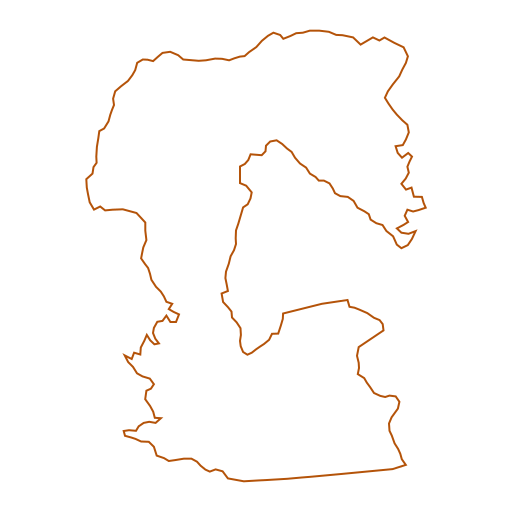 outline of São Lourenço do Oeste, Santa Catarina, Brazil
{"feature_id": "56859067B44410485278405", "entity_name": "São Lourenço do Oeste", "entity_type": "district", "adm_level": 2, "iso_a3": "BRA", "parent_name": "Brazil", "parent_adm1": "Santa Catarina", "projection": "robinson", "projection_center": [-52.857, -26.469], "detail": "fine", "context": "isolated", "style": "outline", "palette": "amber", "viewbox_px": 512, "rotation_deg": 0, "n_neighbors": 0, "source": "geoboundaries", "source_scale": "gbopen_adm2", "svg_char_len": 3698}
<svg xmlns="http://www.w3.org/2000/svg" viewBox="0 0 512 512"><path d="M137.2,62.8L135.2,70.1L132.3,75.2L128.0,80.9L121.0,86.3L115.2,91.3L113.1,98.7L114.0,105.0L112.0,109.9L110.3,114.7L108.5,121.4L104.1,128.5L99.3,131.1L98.3,138.3L96.9,146.8L96.3,156.6L96.6,162.8L93.5,167.1L92.5,173.6L86.3,179.2L86.8,187.6L88.0,194.1L89.7,202.3L94.0,209.6L100.2,206.5L105.1,210.4L112.6,209.7L122.8,209.3L136.5,213.0L145.3,222.5L145.3,230.7L146.4,240.1L143.3,247.4L142.2,252.7L141.1,258.4L145.0,264.0L148.1,268.0L150.0,273.8L151.4,279.8L156.0,286.8L160.8,291.6L163.9,296.4L166.4,301.8L172.2,303.8L168.8,309.1L173.6,311.9L179.0,314.4L176.0,322.0L170.4,322.0L166.4,315.6L162.5,320.9L157.3,321.8L153.9,327.9L153.0,333.0L155.3,338.7L158.9,343.4L154.4,344.3L150.2,340.3L146.8,334.9L144.4,340.6L140.8,347.5L140.3,354.5L134.1,352.7L131.7,359.0L124.7,355.4L128.2,362.1L133.0,366.9L137.0,373.3L142.5,376.4L149.8,378.6L153.9,384.2L150.9,388.7L146.4,390.7L145.2,399.2L150.1,406.0L153.2,411.7L154.8,417.8L160.9,418.2L155.6,422.9L149.2,421.8L143.7,422.9L138.7,426.3L136.0,430.8L129.0,430.2L123.7,431.0L125.0,435.8L131.2,437.5L135.5,438.9L141.1,441.5L148.8,441.8L153.9,446.8L156.7,455.6L164.0,458.1L168.8,461.0L175.1,460.1L183.7,458.7L191.5,458.7L197.0,461.7L200.6,465.7L205.4,469.6L209.8,471.6L215.6,469.4L222.6,471.3L227.9,478.4L243.8,481.3L259.1,480.4L265.4,480.1L287.2,478.8L301.7,477.5L310.5,476.8L342.2,473.9L366.3,471.6L392.6,469.1L405.8,464.9L401.8,459.2L400.3,453.8L398.1,448.9L394.6,443.4L391.8,435.6L389.5,430.8L389.0,423.5L391.6,417.3L397.9,408.6L399.4,401.8L395.7,396.4L389.5,395.6L385.2,397.0L380.3,395.9L374.0,393.0L370.1,387.1L366.8,382.6L364.2,378.1L357.8,374.1L359.0,368.0L358.7,362.8L357.0,355.8L358.7,347.1L383.5,330.4L382.7,324.1L379.6,320.1L374.0,317.8L367.3,313.1L359.3,309.6L354.5,307.7L349.5,306.8L347.5,300.0L321.9,303.8L283.1,313.5L282.8,318.9L280.8,325.7L278.2,333.6L272.0,333.8L269.1,339.8L264.0,344.0L260.0,346.6L256.1,349.3L251.8,352.7L247.4,354.7L243.1,352.0L240.7,346.2L240.0,340.9L240.9,335.0L240.5,328.2L236.6,322.3L232.0,317.5L231.5,311.6L228.0,307.2L223.1,302.0L221.6,293.5L227.9,291.0L226.7,284.5L225.4,278.1L226.0,271.6L228.8,263.7L230.6,256.3L234.0,250.2L236.0,244.0L235.7,238.3L236.0,230.4L238.3,223.7L243.1,207.4L247.7,204.3L250.5,198.4L251.7,192.4L246.2,185.7L240.0,183.1L240.0,166.5L244.8,164.0L248.3,160.0L250.6,154.3L261.7,155.2L265.5,151.3L266.0,145.7L270.2,141.5L276.6,140.3L282.2,144.0L287.0,148.5L291.6,151.9L295.0,157.7L300.0,163.5L306.1,167.6L309.9,173.6L315.6,177.0L318.8,180.6L323.9,180.6L329.5,183.4L332.8,188.5L335.0,193.2L340.3,196.1L347.8,196.9L353.6,200.9L357.5,207.7L364.4,211.3L368.8,214.2L370.6,219.6L376.3,223.2L382.5,225.0L386.4,231.0L393.1,236.3L396.8,244.6L401.4,248.2L407.8,245.1L411.9,239.0L415.6,231.1L408.5,233.8L401.4,232.7L396.9,228.4L403.7,224.8L408.1,222.0L404.7,215.8L407.4,209.7L413.1,211.5L418.5,210.1L425.7,207.7L423.6,202.9L421.9,196.9L413.9,196.7L411.5,187.6L406.0,189.6L401.4,183.8L405.7,178.6L408.8,172.7L407.4,166.7L409.6,161.4L412.0,156.6L408.2,153.0L402.0,157.7L397.7,152.9L395.6,146.2L402.8,145.1L405.9,139.5L408.8,132.4L407.4,124.8L402.3,120.3L396.8,114.6L392.6,109.5L388.5,103.6L384.9,97.8L387.9,91.3L392.9,84.3L399.2,76.4L402.3,69.6L405.9,62.9L407.9,56.3L403.6,47.3L394.2,42.8L384.5,37.5L379.4,40.5L372.9,37.4L360.6,44.6L353.1,37.4L342.5,35.2L336.2,34.9L328.9,31.8L319.6,30.7L309.7,30.7L302.9,32.7L296.2,33.2L290.4,36.0L283.3,38.8L280.2,35.0L273.4,32.7L268.0,35.8L261.9,40.8L256.3,47.1L249.1,52.1L244.6,56.1L239.9,56.6L234.4,58.3L229.1,60.3L222.0,58.8L215.1,58.6L205.9,60.3L198.7,60.8L183.2,59.5L178.2,55.2L170.2,51.8L162.5,52.9L157.9,56.8L153.1,61.1L147.5,59.7L142.8,59.5L137.2,62.8Z" fill="none" stroke="#b45309" stroke-width="2"/></svg>